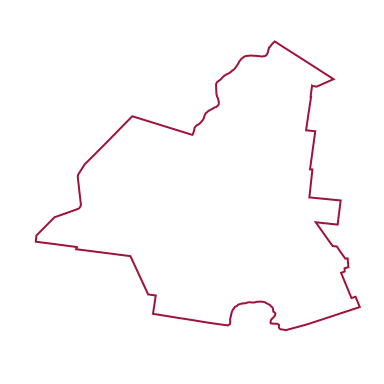 Río Hondo, Santiago del Estero, Argentina (orthographic projection), rotated 266°
{"feature_id": "61730980B3191379670925", "entity_name": "Río Hondo", "entity_type": "district", "adm_level": 2, "iso_a3": "ARG", "parent_name": "Argentina", "parent_adm1": "Santiago del Estero", "projection": "orthographic", "projection_center": [-64.73, -27.436], "detail": "fine", "context": "isolated", "style": "outline", "palette": "rose", "viewbox_px": 384, "rotation_deg": 266, "n_neighbors": 0, "source": "geoboundaries", "source_scale": "gbopen_adm2", "svg_char_len": 3855}
<svg xmlns="http://www.w3.org/2000/svg" viewBox="0 0 384 384"><g transform="rotate(266 192 192)"><path d="M65.5,351.3L69.9,349.9L73.4,348.7L74.7,348.3L75.9,347.9L76.1,347.8L75.1,343.7L90.0,338.7L101.0,335.1L102.0,338.8L105.3,338.9L106.0,342.4L106.1,342.8L114.7,342.6L114.9,342.6L114.8,340.3L121.5,336.2L127.6,332.6L128.2,328.6L136.1,323.7L153.2,313.3L149.3,335.0L173.2,339.7L178.4,308.8L178.4,308.7L206.1,313.7L206.3,311.3L244.0,319.2L245.6,310.1L255.3,312.2L264.4,314.2L278.5,317.4L278.6,316.9L287.3,318.7L289.7,319.2L289.3,319.7L288.4,323.7L294.7,341.1L318.4,309.3L323.2,302.8L329.4,294.4L336.4,285.0L335.9,284.4L335.4,283.7L334.9,283.3L334.4,282.8L334.1,282.3L333.7,282.0L333.2,281.4L332.9,281.2L332.4,280.7L331.9,280.3L331.4,280.0L331.1,279.3L330.4,278.9L329.5,278.5L328.7,278.3L328.1,278.1L327.3,277.7L326.7,277.7L326.1,277.5L325.1,276.9L324.4,276.5L324.0,276.3L323.3,275.5L322.9,275.0L322.6,274.4L322.5,273.9L322.5,272.9L322.4,272.2L322.3,271.5L322.3,270.7L322.5,270.1L322.8,269.0L322.9,267.9L323.0,267.0L323.2,266.2L323.4,265.3L323.5,264.2L323.5,263.2L323.9,261.6L324.0,260.6L324.0,259.3L324.0,258.4L323.9,257.2L323.9,256.1L323.8,254.7L323.4,253.9L323.1,253.2L322.3,252.0L321.8,251.2L321.3,250.5L320.5,249.7L320.0,249.3L319.6,248.9L318.9,248.3L318.2,247.8L317.1,247.3L316.3,246.6L315.4,246.0L314.4,245.2L313.6,244.6L311.8,243.0L310.9,241.8L310.2,240.5L309.1,239.1L308.2,237.8L307.5,236.1L306.9,234.5L306.1,233.1L305.5,232.0L304.5,230.7L303.3,229.5L302.5,228.7L301.6,227.4L300.9,226.2L299.8,224.6L298.4,223.7L297.3,223.5L295.6,223.4L294.2,223.4L293.0,223.3L291.2,223.3L288.5,223.2L286.9,223.4L285.3,223.7L284.5,224.1L283.0,224.6L281.3,224.8L279.8,225.0L278.2,224.9L277.3,224.6L276.0,223.4L275.8,223.0L275.1,222.1L274.9,220.9L274.2,219.4L273.5,218.1L272.8,216.4L271.9,214.5L271.3,213.5L270.5,212.5L269.7,211.3L268.9,210.7L267.5,210.0L266.8,209.6L265.6,209.2L264.2,208.6L263.1,207.9L262.0,206.7L261.3,206.1L260.6,205.4L259.8,204.5L259.5,204.0L258.8,202.8L258.5,202.0L257.9,201.1L257.2,200.2L256.4,199.4L255.7,199.0L254.6,198.7L253.6,198.5L252.5,198.1L251.2,197.6L250.4,197.2L249.7,196.9L249.0,196.3L249.0,196.2L271.7,137.8L271.7,137.7L263.7,128.6L255.3,119.2L254.8,118.6L252.6,116.1L248.9,112.0L248.3,111.3L237.4,98.8L235.4,96.5L232.3,92.9L227.0,86.8L226.6,86.5L218.0,80.2L217.4,79.8L216.7,79.4L216.3,79.3L215.2,79.1L212.8,79.2L212.6,79.2L212.4,79.2L205.6,79.5L199.8,79.7L195.9,79.9L187.2,80.3L185.9,80.0L184.9,79.3L184.1,78.7L183.6,78.3L183.4,77.9L183.0,76.7L182.3,74.4L180.2,66.9L176.6,53.8L176.4,53.1L176.0,52.6L162.3,37.0L161.9,36.6L161.0,35.5L160.5,35.0L160.4,34.8L160.2,34.6L159.8,34.2L159.4,33.7L158.5,33.6L158.1,33.5L153.3,32.7L153.1,34.0L153.0,34.3L152.9,34.7L152.8,35.4L152.6,36.2L152.3,37.6L150.0,49.5L146.3,67.5L145.1,73.4L143.0,72.4L139.5,90.1L138.3,96.1L132.3,126.1L92.9,141.1L91.3,148.6L73.2,144.6L67.2,170.2L65.4,178.3L60.2,200.4L60.2,200.5L58.4,208.9L56.9,215.9L56.9,216.6L56.4,218.3L57.0,219.7L57.8,220.8L58.7,220.9L60.4,221.1L62.2,221.1L64.4,221.7L65.2,222.1L67.8,222.7L69.5,223.4L71.1,224.1L71.4,224.3L72.1,224.9L73.0,225.9L74.2,226.5L75.1,228.6L75.3,229.0L76.4,230.2L76.7,231.6L77.0,232.4L77.1,233.4L77.3,234.8L77.3,236.1L77.3,237.4L77.3,237.8L78.0,239.9L78.0,241.8L77.7,243.5L77.6,244.4L77.4,246.5L77.7,247.7L77.9,248.4L77.9,251.1L77.8,253.6L77.4,255.6L76.8,257.2L75.3,259.4L74.6,260.7L73.8,261.9L72.3,263.0L71.5,264.0L70.1,264.6L68.2,264.7L66.9,264.8L66.4,265.8L65.0,266.7L63.3,266.3L62.4,265.6L61.2,264.5L60.3,263.3L59.2,262.2L58.4,261.7L57.4,261.4L56.3,261.2L56.0,261.3L55.5,261.4L55.1,262.8L54.8,265.7L54.7,266.9L54.6,267.8L53.4,269.5L50.7,269.2L49.0,270.4L48.9,270.6L48.2,274.1L47.6,275.5L48.0,277.7L49.4,284.6L49.7,286.5L51.9,297.4L54.8,309.0L56.4,315.4L58.6,324.1L59.4,327.0L59.9,329.4L60.1,329.9L60.6,331.8L61.3,334.7L61.8,336.6L62.4,339.1L63.7,344.1L65.5,351.3Z" fill="none" stroke="#9f1239" stroke-width="2"/></g></svg>